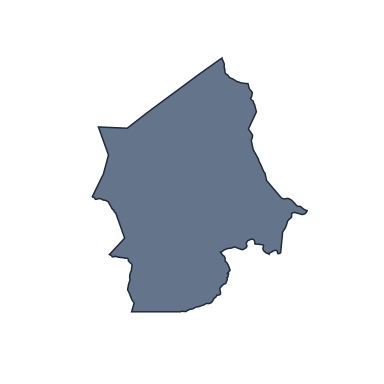 outline of Morolica, Choluteca, Honduras, rotated 115°
{"feature_id": "27666195B91678508389935", "entity_name": "Morolica", "entity_type": "district", "adm_level": 2, "iso_a3": "HND", "parent_name": "Honduras", "parent_adm1": "Choluteca", "projection": "albers", "projection_center": [-86.88, 13.564], "detail": "fine", "context": "isolated", "style": "filled", "palette": "slate", "viewbox_px": 384, "rotation_deg": 115, "n_neighbors": 0, "source": "geoboundaries", "source_scale": "gbopen_adm2", "svg_char_len": 5939}
<svg xmlns="http://www.w3.org/2000/svg" viewBox="0 0 384 384"><g transform="rotate(115 192 192)"><path d="M172.6,304.3L193.8,283.3L213.1,279.9L238.3,280.4L238.5,280.1L238.5,279.9L238.5,279.1L238.4,278.4L238.5,278.0L238.8,277.5L239.3,276.8L239.4,276.5L239.4,276.3L239.3,276.0L239.1,275.7L237.7,274.1L237.3,273.5L237.1,273.2L236.8,271.8L236.7,271.3L236.7,270.8L236.7,270.2L236.9,269.7L236.8,269.4L236.7,268.8L236.3,267.5L236.1,266.5L236.2,265.6L236.2,264.3L236.3,263.9L236.4,263.6L237.9,261.6L239.0,259.9L240.9,257.5L241.3,256.5L241.6,256.0L241.6,255.3L241.7,254.9L242.0,254.6L242.5,254.4L242.7,254.1L243.2,252.6L243.3,252.2L262.3,233.5L283.6,240.4L283.6,238.6L283.8,237.8L284.1,237.5L284.3,237.2L284.3,236.8L284.3,236.3L284.2,236.0L283.9,235.6L283.6,235.3L283.1,234.9L282.6,234.2L282.7,233.8L282.8,233.6L282.3,232.8L282.2,232.3L282.1,232.1L282.1,231.8L282.3,231.4L282.3,231.0L282.2,230.9L282.0,230.6L281.9,230.4L281.7,229.7L281.5,228.7L281.4,228.5L281.1,228.0L280.5,226.1L280.3,225.6L280.5,225.2L280.3,224.6L279.9,224.1L279.6,223.7L279.5,223.3L279.5,222.8L279.5,222.1L279.7,221.5L280.0,221.2L281.2,220.5L281.3,220.4L281.4,219.9L281.8,219.5L282.6,217.0L282.8,216.2L283.0,215.8L283.3,215.6L284.2,215.2L286.1,214.7L287.3,214.3L288.1,214.0L288.8,213.7L289.4,213.7L290.1,213.8L290.5,213.8L291.3,213.6L292.0,213.6L292.4,213.6L293.4,213.3L295.6,212.5L297.4,211.3L297.7,211.1L298.5,211.0L301.5,210.6L302.5,210.4L303.3,210.3L304.1,210.1L304.8,209.7L305.2,209.6L305.6,209.7L306.3,209.6L306.8,209.4L307.4,209.1L307.9,209.0L308.2,208.6L308.9,207.6L309.9,206.4L311.2,205.1L313.5,202.6L314.0,202.1L314.5,201.5L315.0,201.0L315.4,200.5L316.0,199.4L316.6,198.1L316.8,197.9L317.1,197.6L317.3,197.5L326.1,196.1L305.4,151.7L304.9,151.4L304.4,150.9L303.9,149.4L303.6,148.7L303.0,147.1L302.3,146.6L300.5,145.5L300.1,145.1L299.6,144.6L299.0,143.9L298.1,142.7L297.9,142.3L297.6,142.0L297.2,141.6L294.9,140.0L294.6,139.7L293.9,138.8L293.4,137.8L289.5,133.8L288.7,133.0L287.8,132.6L287.1,132.1L287.0,131.9L286.7,131.3L286.2,130.0L286.0,129.6L285.1,128.6L284.3,127.9L283.8,127.6L283.3,127.5L282.5,127.4L281.5,127.2L280.6,127.1L280.4,127.1L280.0,127.2L279.7,127.2L279.0,127.0L277.5,126.2L276.8,125.9L276.6,125.9L275.4,125.9L275.2,125.9L274.9,125.6L274.4,124.7L273.6,123.7L273.1,123.3L272.8,123.2L272.6,123.2L272.3,123.2L271.9,123.3L270.6,124.0L268.6,125.4L268.2,125.7L267.8,125.9L267.4,125.9L266.7,125.9L265.6,125.6L263.2,124.8L262.7,124.6L262.4,124.4L262.1,124.1L261.5,123.5L260.6,122.8L260.4,122.7L259.9,122.8L259.2,122.9L257.2,122.9L256.4,123.0L256.1,123.2L255.4,123.9L255.1,124.1L254.9,124.0L253.6,123.5L252.9,123.8L252.5,124.1L251.5,124.2L251.2,124.1L250.9,124.1L250.9,124.3L251.0,124.8L250.9,125.4L250.9,125.6L250.7,125.7L250.0,125.3L249.3,124.9L249.1,124.9L248.7,124.9L248.4,124.9L247.8,124.7L247.3,124.4L247.0,124.4L246.6,124.6L246.2,124.9L245.5,125.6L243.0,128.2L241.7,130.0L241.3,130.7L241.0,131.3L240.9,132.1L240.6,132.7L240.1,133.0L238.0,134.1L237.2,134.9L236.6,135.7L236.4,137.2L235.9,138.0L235.4,138.9L235.3,139.1L235.1,139.7L234.9,140.2L234.5,140.7L234.4,140.8L234.3,140.7L234.2,140.6L234.2,140.4L234.1,140.2L233.6,139.8L232.1,139.0L231.0,138.4L230.3,137.8L229.4,137.0L228.0,135.5L226.4,132.9L224.9,131.3L224.3,130.9L224.0,130.6L223.9,130.2L223.8,129.7L223.5,126.6L223.3,123.8L223.2,123.0L223.1,122.4L222.9,121.9L222.6,121.5L222.2,121.1L221.9,120.9L219.6,119.5L218.8,119.3L218.1,119.2L217.9,119.3L217.7,119.4L216.1,120.8L215.5,121.1L215.2,121.1L214.6,121.1L213.6,121.1L212.9,120.9L212.3,120.7L211.8,120.3L211.1,119.5L210.2,118.9L209.9,118.5L209.5,118.1L209.3,117.7L209.2,117.2L209.1,116.6L209.2,115.8L209.4,115.4L209.9,114.7L210.9,113.9L211.2,113.6L211.8,113.5L212.1,113.3L212.3,113.1L212.4,112.9L212.5,112.8L212.4,112.4L212.0,111.7L211.8,111.2L211.4,110.0L211.1,109.5L211.0,108.7L210.2,106.2L209.9,105.4L209.9,105.2L210.0,104.8L210.2,104.6L210.6,104.4L213.3,103.9L213.8,103.4L214.5,103.0L215.0,102.1L215.5,100.4L215.8,99.6L215.9,99.1L215.9,98.6L215.8,98.1L215.7,97.3L215.7,96.7L215.8,95.8L215.2,96.0L214.7,96.0L214.1,95.6L213.3,95.0L212.6,94.3L211.2,93.5L210.8,93.1L210.1,92.5L209.7,92.0L209.5,91.4L209.3,90.7L209.4,90.2L209.9,89.5L210.3,89.2L210.8,88.9L211.3,88.4L211.5,88.1L211.3,87.5L210.8,86.8L209.6,86.0L192.0,92.2L191.2,92.6L190.1,92.9L189.3,92.9L188.6,92.7L186.0,92.4L185.2,92.3L184.8,92.3L184.0,92.3L182.4,92.4L178.3,93.0L177.6,93.0L176.9,92.8L175.8,92.4L173.7,91.4L173.2,91.3L172.6,91.3L172.2,91.3L170.0,92.3L169.6,92.4L169.3,92.4L169.1,92.4L168.8,92.2L168.0,91.5L167.4,90.8L167.2,90.4L167.0,89.5L166.6,86.9L166.2,85.0L166.0,83.4L165.8,82.6L165.4,81.9L164.2,80.6L163.7,80.3L162.9,80.0L161.8,79.8L160.2,79.7L160.1,79.8L160.4,80.2L160.4,80.5L160.4,83.1L160.3,83.8L159.6,86.3L159.4,87.0L159.4,87.6L159.4,88.0L160.2,90.1L160.2,90.3L160.2,90.8L159.8,92.1L158.7,94.7L157.4,98.2L157.3,98.7L157.2,99.1L157.1,101.1L157.2,101.4L157.2,101.9L157.5,103.0L158.9,104.8L159.3,105.6L159.5,106.1L159.6,106.3L159.6,106.7L159.6,108.3L159.5,108.8L150.2,129.1L143.9,134.0L143.6,134.7L143.4,135.3L140.2,139.0L139.2,140.0L135.5,144.6L134.1,145.7L127.7,154.5L120.0,160.2L118.3,160.2L116.6,160.5L115.4,160.9L114.7,161.3L111.0,167.5L92.1,167.5L91.5,168.1L90.5,168.8L89.0,170.1L86.4,172.2L86.2,172.4L85.8,173.0L85.3,173.7L83.9,174.9L83.7,175.2L83.5,176.7L83.3,177.1L82.9,178.0L82.4,178.6L81.9,178.4L81.5,178.3L80.4,178.3L77.8,178.9L76.6,179.3L76.3,179.4L75.8,180.3L75.2,181.5L74.8,182.6L74.4,183.3L73.2,184.6L70.7,186.5L70.2,186.9L70.1,187.1L70.2,187.4L70.6,188.3L71.2,189.9L71.7,191.5L72.1,192.6L72.2,193.0L72.5,194.6L72.5,196.1L72.9,198.2L72.3,202.5L72.3,203.5L72.4,204.8L72.4,205.9L72.3,206.5L71.9,207.3L71.6,207.9L71.1,208.7L70.9,209.3L70.7,210.2L70.6,211.6L70.5,211.8L69.9,212.2L68.5,213.4L68.0,213.7L67.3,213.9L66.8,214.2L66.5,214.5L66.1,215.0L65.4,215.4L64.4,216.0L62.8,216.6L62.4,216.8L61.8,217.4L60.7,218.7L59.8,219.5L58.6,221.1L58.2,221.3L57.9,221.5L82.4,235.4L139.5,266.4L161.6,277.7L172.6,304.3Z" fill="#64748b" stroke="#1e293b" stroke-width="1.5"/></g></svg>